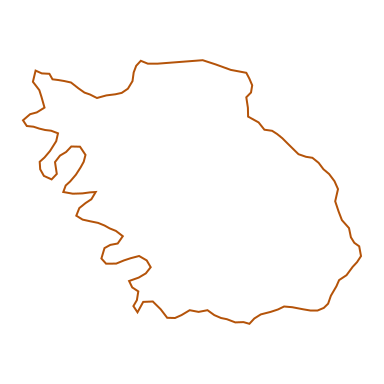 Benjamin Constant do Sul, Rio Grande do Sul, Brazil (Robinson projection)
{"feature_id": "56859067B73430891093496", "entity_name": "Benjamin Constant do Sul", "entity_type": "district", "adm_level": 2, "iso_a3": "BRA", "parent_name": "Brazil", "parent_adm1": "Rio Grande do Sul", "projection": "robinson", "projection_center": [-52.659, -27.484], "detail": "fine", "context": "isolated", "style": "outline", "palette": "amber", "viewbox_px": 384, "rotation_deg": 0, "n_neighbors": 0, "source": "geoboundaries", "source_scale": "gbopen_adm2", "svg_char_len": 1887}
<svg xmlns="http://www.w3.org/2000/svg" viewBox="0 0 384 384"><path d="M246.3,72.8L230.8,69.9L215.6,64.4L202.7,60.2L157.1,63.7L147.9,63.7L140.8,60.8L136.2,65.8L133.7,72.4L132.5,81.1L127.9,88.7L121.7,92.9L115.3,94.3L106.4,95.4L96.9,98.0L90.0,94.5L84.5,92.6L78.4,88.3L71.0,82.5L64.1,81.0L58.1,80.0L52.5,79.3L49.4,73.8L41.8,73.4L35.6,70.6L32.9,81.8L39.3,90.1L41.5,97.0L44.5,107.6L36.8,112.4L30.1,114.2L23.0,120.3L26.8,126.0L33.5,126.7L39.3,128.6L45.1,130.0L51.1,130.7L58.0,133.3L56.2,141.2L50.0,151.0L44.5,157.5L39.7,161.8L40.2,169.3L43.9,175.9L51.6,179.4L56.8,173.9L55.0,162.1L60.0,155.6L66.1,152.0L71.3,146.5L80.0,146.7L85.5,154.9L83.7,161.8L80.6,167.4L75.9,174.7L70.1,181.5L65.7,185.5L63.3,192.0L72.8,193.7L82.4,193.4L89.8,192.4L95.7,192.0L91.4,199.2L85.5,203.1L79.3,208.1L76.3,215.7L82.6,219.6L89.8,221.2L98.1,222.9L104.5,225.5L109.7,228.4L115.9,230.9L122.8,236.2L117.7,243.5L110.3,244.9L104.5,248.1L101.4,258.5L106.1,263.7L116.2,263.6L124.0,260.4L130.7,258.2L139.1,256.0L146.7,260.4L150.7,267.2L145.8,273.4L138.7,277.6L129.1,281.0L132.2,287.4L138.3,291.4L136.9,300.1L133.4,306.1L137.5,312.3L143.2,301.9L152.8,301.5L160.7,309.3L167.2,317.8L175.0,318.0L181.5,315.1L189.7,310.2L198.6,311.9L207.5,310.2L214.3,315.1L221.0,318.0L226.9,319.2L235.3,322.4L243.5,322.1L249.4,323.8L254.3,318.5L260.8,314.4L270.6,311.9L277.9,309.5L284.1,306.5L292.2,307.2L303.2,309.3L310.3,310.5L317.6,310.5L323.8,307.9L328.1,303.7L330.9,295.7L336.4,286.3L339.1,280.1L346.5,275.2L352.7,266.8L357.0,262.2L361.0,256.1L359.2,246.3L354.3,242.8L350.9,237.3L349.0,228.1L341.9,220.1L338.6,211.5L335.2,201.3L338.0,189.1L334.5,181.2L329.1,174.0L323.5,169.3L318.6,162.8L312.4,157.8L306.0,156.8L298.5,154.2L294.0,149.8L287.5,143.4L282.3,138.2L277.1,134.0L272.1,130.8L264.4,129.7L258.6,122.4L248.1,116.6L247.9,107.8L246.3,97.3L251.0,92.5L252.2,85.3L249.3,78.5L246.3,72.8Z" fill="none" stroke="#b45309" stroke-width="2"/></svg>